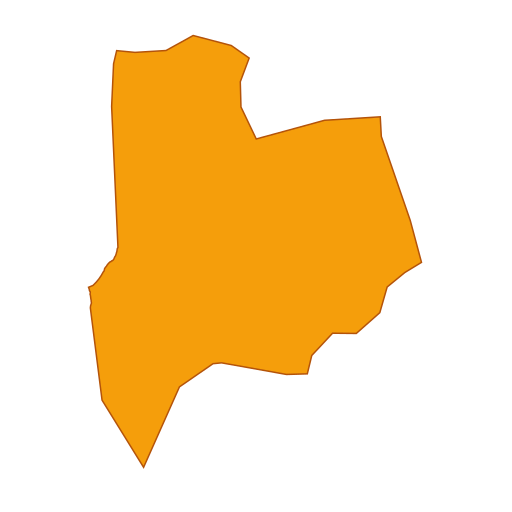 Ilejemeje, Ekiti, Nigeria, rotated 183°
{"feature_id": "59680162B76636581595069", "entity_name": "Ilejemeje", "entity_type": "district", "adm_level": 2, "iso_a3": "NGA", "parent_name": "Nigeria", "parent_adm1": "Ekiti", "projection": "natural_earth1", "projection_center": [5.249, 7.94], "detail": "fine", "context": "isolated", "style": "filled", "palette": "amber", "viewbox_px": 512, "rotation_deg": 183, "n_neighbors": 0, "source": "geoboundaries", "source_scale": "gbopen_adm2", "svg_char_len": 1164}
<svg xmlns="http://www.w3.org/2000/svg" viewBox="0 0 512 512"><g transform="rotate(183 256 256)"><path d="M357.2,39.1L325.6,121.3L293.3,146.2L284.8,147.5L219.4,139.3L198.6,141.0L195.1,159.6L175.5,182.9L151.8,183.9L129.4,205.9L123.4,231.9L106.5,247.3L90.4,258.3L103.8,299.5L137.1,381.9L139.2,401.5L194.7,395.1L261.9,372.9L278.8,404.0L280.8,429.2L273.2,453.3L291.7,464.9L330.3,472.9L356.6,456.5L387.5,453.0L405.9,453.8L408.3,440.5L408.0,397.8L394.3,257.2L394.7,256.6L395.0,255.7L395.0,254.9L395.1,254.1L395.2,253.0L395.4,252.5L395.5,252.1L395.8,250.5L396.4,248.6L397.0,247.7L397.4,246.7L397.6,245.8L398.1,245.1L398.6,244.3L399.0,243.9L399.5,243.6L399.9,243.6L400.7,242.7L401.3,242.6L402.0,241.9L402.5,241.4L403.0,240.8L404.0,239.5L404.8,238.0L405.9,236.6L406.6,235.3L406.7,234.2L407.0,233.0L407.6,232.3L409.5,228.5L411.6,225.0L414.2,221.5L417.2,218.1L421.6,216.0L421.2,215.1L420.6,213.5L420.6,213.0L420.4,212.5L420.1,212.1L419.6,211.5L419.6,210.5L419.7,209.0L419.5,208.7L419.1,207.0L418.9,205.7L418.5,203.8L418.2,202.5L418.2,202.0L417.9,200.7L417.9,200.3L418.6,197.5L418.7,195.5L402.2,104.0L357.2,39.1Z" fill="#f59e0b" stroke="#b45309" stroke-width="1.5"/></g></svg>